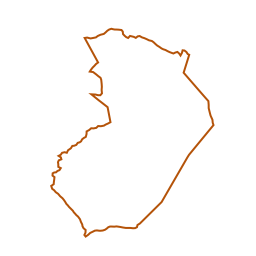 the district of Carira, Sergipe, Brazil, rotated 351°
{"feature_id": "56859067B91089442676951", "entity_name": "Carira", "entity_type": "district", "adm_level": 2, "iso_a3": "BRA", "parent_name": "Brazil", "parent_adm1": "Sergipe", "projection": "albers", "projection_center": [-37.744, -10.353], "detail": "fine", "context": "isolated", "style": "outline", "palette": "amber", "viewbox_px": 256, "rotation_deg": 351, "n_neighbors": 0, "source": "geoboundaries", "source_scale": "gbopen_adm2", "svg_char_len": 2306}
<svg xmlns="http://www.w3.org/2000/svg" viewBox="0 0 256 256"><g transform="rotate(351 128 128)"><path d="M199.9,65.3L198.5,64.2L197.6,62.1L195.9,60.3L194.1,59.8L193.0,62.3L191.2,64.6L190.3,62.6L188.7,60.6L186.5,60.9L184.5,61.5L182.8,60.6L180.9,59.5L179.0,58.2L177.2,56.8L175.2,55.8L173.6,54.7L171.7,52.8L169.7,51.1L168.3,49.4L166.7,47.3L165.2,45.8L162.5,44.7L160.4,43.2L158.2,41.8L156.0,40.7L153.9,39.0L151.9,39.0L149.8,40.2L148.0,38.9L146.1,38.1L144.4,37.4L142.2,39.1L140.4,37.9L139.2,36.5L137.8,34.5L137.9,31.9L136.9,30.2L134.1,29.4L132.2,29.0L130.4,28.7L128.7,28.1L127.1,27.4L124.8,27.8L122.8,28.7L120.8,30.1L118.8,31.3L115.4,31.6L112.5,32.4L110.5,33.5L108.0,33.6L105.1,33.7L103.4,33.0L101.8,32.3L99.3,32.3L108.7,58.6L106.4,59.8L104.6,61.3L102.5,62.8L100.4,64.8L99.1,66.3L102.3,67.3L104.9,70.0L106.9,72.3L108.7,74.1L109.1,76.1L109.0,78.3L108.9,80.2L108.6,83.3L107.9,86.3L107.7,89.7L105.8,91.3L103.5,90.9L101.2,89.9L99.4,89.5L97.1,89.0L103.2,95.8L111.1,104.2L111.6,119.5L109.1,120.4L106.5,121.1L104.6,121.9L101.5,122.0L98.8,121.4L96.7,122.9L93.9,123.0L91.6,122.5L89.4,123.9L86.6,124.9L86.1,127.5L84.9,130.2L82.9,130.9L80.9,132.0L79.6,133.8L78.0,134.6L76.0,134.8L74.3,136.6L72.0,137.1L70.2,137.0L68.4,139.1L65.3,140.6L63.7,142.9L61.6,142.0L59.0,142.2L57.4,143.9L55.1,144.7L57.1,146.5L57.3,148.5L54.6,149.1L53.5,150.8L53.5,152.7L53.1,155.5L55.3,157.1L53.7,158.9L51.6,159.4L50.0,160.5L48.1,160.4L46.5,161.0L46.0,163.2L47.7,165.0L47.1,167.2L46.4,169.5L45.8,171.9L43.1,173.2L43.6,176.2L45.3,177.9L46.6,180.1L48.7,182.1L50.3,184.8L52.3,187.1L53.4,189.0L54.4,191.1L55.3,193.4L56.4,194.9L57.4,196.7L59.0,198.9L60.6,201.1L61.3,202.8L62.4,204.4L63.3,205.9L64.8,207.7L66.3,210.6L66.8,213.3L67.7,216.1L67.7,217.9L68.4,220.0L70.2,222.1L69.6,224.8L68.2,226.8L69.2,228.6L71.9,227.3L74.3,225.7L76.7,225.0L79.2,224.2L81.3,224.3L83.3,224.9L85.0,225.2L87.1,225.3L89.4,224.9L91.3,224.0L93.0,222.9L94.8,222.5L96.6,222.8L99.0,223.3L101.3,223.4L104.8,224.5L107.2,225.4L110.0,226.3L112.3,226.7L114.8,227.1L117.3,227.8L119.4,228.0L121.3,227.4L122.2,225.3L124.8,224.2L149.6,206.4L182.0,166.4L184.1,164.0L212.9,138.5L212.5,136.1L212.7,133.1L212.1,130.9L211.5,128.7L211.3,126.8L211.1,124.6L210.8,121.0L211.3,117.8L211.6,114.0L209.6,110.9L205.0,103.6L191.6,82.1L199.9,65.3Z" fill="none" stroke="#b45309" stroke-width="2"/></g></svg>